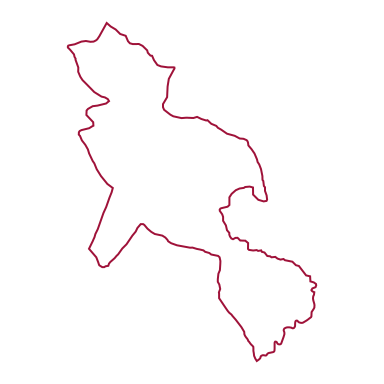 the district of Jalpatagua, Jutiapa, Guatemala
{"feature_id": "79465075B35053973506085", "entity_name": "Jalpatagua", "entity_type": "district", "adm_level": 2, "iso_a3": "GTM", "parent_name": "Guatemala", "parent_adm1": "Jutiapa", "projection": "orthographic", "projection_center": [-89.986, 14.11], "detail": "fine", "context": "isolated", "style": "outline", "palette": "rose", "viewbox_px": 384, "rotation_deg": 0, "n_neighbors": 0, "source": "geoboundaries", "source_scale": "gbopen_adm2", "svg_char_len": 4468}
<svg xmlns="http://www.w3.org/2000/svg" viewBox="0 0 384 384"><path d="M207.5,120.2L206.2,120.5L201.4,119.0L197.1,116.9L193.4,118.0L186.4,117.7L181.5,118.1L173.3,116.3L170.4,114.7L164.1,109.8L163.0,107.2L163.0,105.4L163.0,104.1L167.1,97.2L167.6,86.5L168.8,78.9L173.6,70.0L174.2,69.1L174.5,68.4L174.4,67.5L173.6,67.3L167.6,67.3L161.0,66.4L157.4,65.0L154.0,60.2L152.1,55.8L150.5,55.6L149.5,54.6L147.8,52.7L147.2,50.4L142.6,45.9L138.9,44.0L132.9,44.1L129.9,43.3L128.0,41.2L125.7,35.8L120.2,34.0L115.7,29.5L110.7,26.5L106.7,23.0L99.3,36.3L97.2,39.4L95.8,40.5L93.6,41.6L90.4,41.8L85.9,41.0L81.4,41.6L74.7,44.3L69.3,45.3L68.2,45.7L67.9,46.4L67.8,47.1L68.0,47.7L69.0,48.6L70.4,50.1L74.0,54.4L74.5,56.8L75.6,58.7L75.5,59.7L78.3,67.5L78.2,71.8L80.3,76.7L82.5,80.1L84.7,82.3L94.3,92.1L101.5,96.6L104.9,97.4L107.8,99.1L109.0,101.1L106.1,103.5L97.5,105.6L92.7,106.2L88.0,108.9L86.6,110.5L86.4,115.0L93.2,122.2L93.4,125.7L92.2,126.3L89.2,128.2L81.5,130.1L79.7,131.0L78.9,132.2L78.8,134.6L80.0,135.9L81.9,140.4L85.3,144.8L87.9,149.4L89.1,153.4L92.7,161.0L94.3,163.3L96.7,169.2L101.0,176.1L106.2,182.5L107.3,183.9L112.8,188.0L111.6,192.4L109.5,197.6L106.2,207.0L103.5,212.9L97.8,229.1L95.4,234.0L94.5,237.2L93.3,239.8L93.0,240.6L89.0,248.8L96.3,257.3L98.3,262.5L98.7,263.8L99.3,265.3L102.2,267.1L104.3,267.1L105.5,266.3L108.3,265.8L109.0,263.6L110.4,261.9L111.1,261.3L114.6,258.2L116.6,255.8L118.1,254.4L122.3,248.5L126.5,244.3L132.4,235.6L135.7,231.6L137.4,228.0L140.7,224.1L143.1,224.1L144.3,224.9L147.5,228.7L151.3,231.9L154.8,234.0L162.3,235.6L165.3,237.5L167.4,239.8L168.2,241.3L171.1,243.2L177.0,245.3L190.1,247.7L192.5,247.6L196.8,248.9L199.9,249.5L203.5,250.4L205.1,251.8L209.3,253.0L211.2,254.5L218.1,255.9L219.6,257.3L220.4,261.0L220.3,263.9L219.9,270.2L218.4,273.7L217.8,279.3L217.8,281.8L219.3,284.5L220.2,289.0L218.9,292.4L219.1,293.7L219.1,298.2L225.3,307.4L227.7,310.9L229.2,312.7L231.6,314.7L232.1,315.5L235.8,319.8L241.4,327.1L244.2,331.8L244.4,334.3L245.0,335.7L246.1,337.4L247.2,338.7L247.9,339.9L248.3,341.0L249.2,341.9L250.0,343.1L250.7,344.0L251.4,344.8L252.4,345.7L253.3,346.8L253.4,348.4L253.4,350.1L253.4,350.9L253.8,353.2L254.1,355.8L255.3,358.6L256.8,361.0L257.8,360.3L258.8,359.6L259.6,358.9L260.2,358.2L260.5,357.4L260.7,356.5L261.2,355.9L262.4,355.3L263.2,355.2L264.1,355.3L265.2,355.5L266.0,355.5L266.8,354.8L267.1,354.2L267.9,353.4L269.0,352.9L269.8,352.8L270.9,352.6L271.6,352.4L272.8,352.2L273.6,351.9L274.2,351.4L274.5,350.4L274.6,348.6L274.6,343.2L274.7,342.4L275.1,341.7L275.8,341.6L276.7,342.1L277.0,342.7L277.5,343.6L278.3,344.2L279.5,344.4L280.5,344.2L281.1,343.7L281.4,343.0L283.5,337.2L284.4,334.2L284.4,332.8L284.2,331.8L283.9,331.1L283.7,330.5L283.8,329.5L284.4,328.5L285.1,328.1L285.7,327.8L286.5,327.5L287.8,327.3L288.8,327.3L289.7,327.4L290.4,327.5L291.4,327.7L291.9,328.0L292.7,328.3L293.4,328.2L294.0,327.9L294.6,327.1L295.0,326.3L295.1,325.4L295.1,323.9L295.2,322.6L295.3,321.9L295.7,321.0L296.3,320.6L297.3,320.7L297.8,321.2L298.3,321.8L299.1,322.4L300.3,322.7L301.1,322.9L302.0,322.9L303.1,322.6L306.9,320.3L311.1,317.1L311.4,316.4L311.6,312.1L312.1,311.3L313.1,309.8L313.8,308.7L314.2,307.9L314.4,307.3L314.4,306.3L314.5,305.3L314.4,304.6L314.3,303.9L313.3,300.4L313.2,299.6L313.0,298.9L313.1,297.2L313.3,296.1L313.7,295.4L314.0,294.6L314.3,292.2L312.6,291.5L311.8,290.8L311.4,290.1L312.4,288.4L315.5,287.2L316.2,285.4L316.0,284.0L313.8,282.4L310.4,281.4L310.1,276.3L306.1,275.4L298.9,266.0L295.9,265.2L292.4,261.7L284.9,260.2L283.5,259.0L280.5,259.6L277.5,258.6L275.3,256.9L271.5,257.3L270.1,256.3L267.3,256.0L264.5,252.5L261.8,251.8L261.2,250.4L258.1,250.9L256.7,250.1L253.2,250.5L249.0,249.9L248.0,248.9L248.1,243.0L245.9,241.2L245.4,240.7L240.2,240.5L238.3,238.5L237.5,237.8L235.4,237.9L233.0,239.2L231.4,238.5L230.0,236.5L229.3,234.6L229.3,232.9L227.0,230.2L225.9,225.4L223.1,220.8L223.1,216.9L222.2,214.3L219.8,210.9L219.7,209.6L220.4,208.6L221.3,208.2L227.6,206.7L229.4,205.0L229.4,202.9L229.4,197.3L231.7,193.8L235.8,190.2L239.6,188.5L243.8,187.9L245.2,187.0L249.7,186.6L253.0,187.5L253.1,194.6L258.3,199.8L263.7,201.4L266.5,200.9L267.1,199.6L266.6,195.4L265.0,190.9L265.0,187.3L263.9,186.0L263.3,181.0L262.5,179.9L262.4,176.1L261.0,169.1L259.2,164.4L257.6,162.0L257.0,159.4L254.5,153.5L251.4,149.0L248.4,145.5L248.0,142.5L247.6,141.5L247.1,140.6L246.3,140.0L243.5,138.8L239.7,138.5L234.7,135.8L227.0,133.7L221.1,129.6L217.9,127.8L216.3,125.9L211.3,123.8L207.5,120.2Z" fill="none" stroke="#9f1239" stroke-width="2"/></svg>